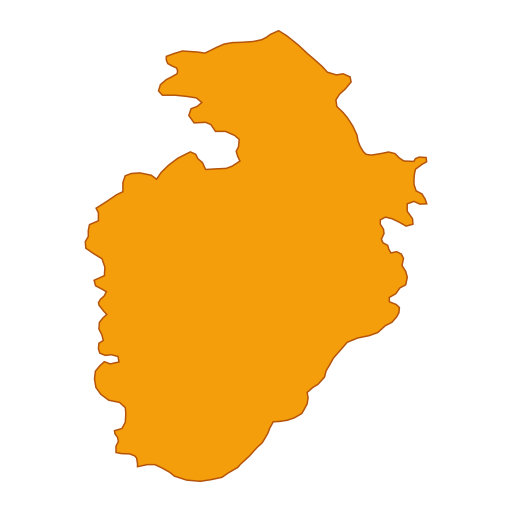 Smarhon, Grodno, Belarus (Natural Earth projection)
{"feature_id": "67162791B9257777977100", "entity_name": "Smarhon", "entity_type": "district", "adm_level": 2, "iso_a3": "BLR", "parent_name": "Belarus", "parent_adm1": "Grodno", "projection": "natural_earth1", "projection_center": [26.399, 54.505], "detail": "fine", "context": "isolated", "style": "filled", "palette": "amber", "viewbox_px": 512, "rotation_deg": 0, "n_neighbors": 0, "source": "geoboundaries", "source_scale": "gbopen_adm2", "svg_char_len": 2994}
<svg xmlns="http://www.w3.org/2000/svg" viewBox="0 0 512 512"><path d="M89.5,224.6L88.3,230.3L88.3,236.5L85.3,241.6L85.8,248.2L93.6,253.6L102.0,258.8L104.9,267.2L104.4,275.6L99.0,278.1L94.1,280.3L95.6,285.8L101.9,289.1L106.3,291.7L104.4,295.7L100.4,299.4L98.5,302.6L99.0,305.2L103.9,311.4L106.8,314.4L102.9,318.0L99.4,322.4L98.9,329.0L101.9,334.9L103.3,340.4L98.9,343.3L98.4,348.8L99.9,353.2L105.3,355.4L111.2,354.7L118.0,356.5L119.0,362.0L110.2,363.9L104.3,361.7L99.9,365.7L95.4,371.2L94.5,378.9L95.9,387.4L100.8,394.3L108.7,400.2L119.5,402.4L125.3,407.6L125.8,413.8L125.3,422.3L121.9,428.5L114.5,430.7L115.0,434.0L117.4,437.0L118.4,441.4L116.0,446.2L116.0,452.5L121.4,453.6L129.7,453.9L134.6,455.8L136.6,458.0L137.5,463.5L137.5,466.7L141.6,465.8L147.4,464.6L154.8,464.6L161.7,467.8L169.6,472.2L174.4,476.1L186.6,480.1L200.3,481.3L210.9,479.7L222.0,477.3L228.3,472.9L237.8,467.4L240.5,464.2L249.5,455.9L256.9,447.6L262.2,442.8L265.3,437.7L268.0,432.9L269.6,428.5L273.2,421.8L280.1,421.4L284.3,420.7L287.5,420.2L294.4,417.8L301.8,413.5L303.9,409.9L307.1,404.0L308.1,397.7L307.1,392.5L312.9,387.4L318.1,384.2L324.5,377.1L326.1,370.8L329.7,364.8L333.4,358.1L341.4,349.0L347.2,342.3L357.7,338.0L369.3,335.6L377.8,332.5L385.2,325.8L392.0,322.2L396.8,316.7L396.9,316.3L398.9,312.7L399.4,307.6L396.2,304.5L389.3,301.7L389.3,297.4L395.7,293.8L399.9,287.9L405.7,284.8L407.3,277.3L405.7,271.4L402.0,265.5L403.5,258.4L401.4,254.1L396.7,251.7L390.9,252.9L388.8,249.3L387.7,245.4L382.9,242.7L381.4,239.1L384.0,233.6L383.5,229.3L380.3,224.2L380.3,219.9L385.5,217.1L391.9,218.7L399.3,222.2L406.1,226.1L413.0,224.2L412.5,218.7L407.2,211.2L407.2,203.8L414.0,201.4L419.8,204.1L426.7,203.8L425.1,199.0L421.9,193.9L416.1,190.8L414.0,184.5L414.0,178.3L414.5,173.5L415.5,169.2L422.4,164.1L426.6,161.8L426.1,157.5L419.2,157.1L415.5,158.6L413.9,161.4L403.9,161.0L399.2,157.9L395.0,153.6L388.6,152.0L380.7,153.6L371.2,155.1L366.0,154.3L363.3,151.6L360.2,146.5L358.0,141.0L357.0,135.1L352.8,126.1L347.5,117.9L343.3,112.8L336.9,106.6L335.9,99.9L339.6,94.1L345.3,89.0L350.4,82.8L351.1,82.0L350.1,76.9L343.2,73.8L336.4,74.9L327.4,72.2L322.2,66.5L315.5,60.5L307.1,53.3L298.6,45.3L286.8,35.8L278.6,30.7L270.5,34.3L266.6,37.2L261.7,39.7L253.4,41.5L241.7,42.3L232.4,42.6L224.0,44.1L216.7,47.3L205.0,53.1L197.1,52.0L182.5,51.0L174.1,53.5L166.3,56.4L166.3,60.0L167.8,63.6L171.7,65.8L176.6,68.0L177.6,70.9L177.1,73.8L171.2,77.1L166.3,79.6L160.4,84.7L158.5,90.9L162.4,95.2L175.1,95.2L185.9,96.3L196.4,97.9L201.8,102.5L197.2,106.4L191.1,108.7L188.8,115.5L194.1,122.9L205.6,122.3L210.9,124.6L215.5,131.4L225.5,131.4L234.6,135.4L239.2,139.4L238.5,146.8L236.2,151.3L237.7,156.4L240.0,161.0L232.3,166.1L226.2,168.4L215.5,168.9L205.6,169.5L202.5,162.7L197.9,158.7L195.6,154.2L190.3,151.9L178.0,158.1L168.8,165.0L161.2,172.4L156.6,179.2L151.2,175.2L139.8,172.9L131.3,173.5L125.2,175.8L122.9,182.6L122.9,191.7L116.8,194.6L106.8,201.4L96.1,208.2L98.4,212.8L98.4,220.8L89.5,224.6Z" fill="#f59e0b" stroke="#b45309" stroke-width="1.5"/></svg>